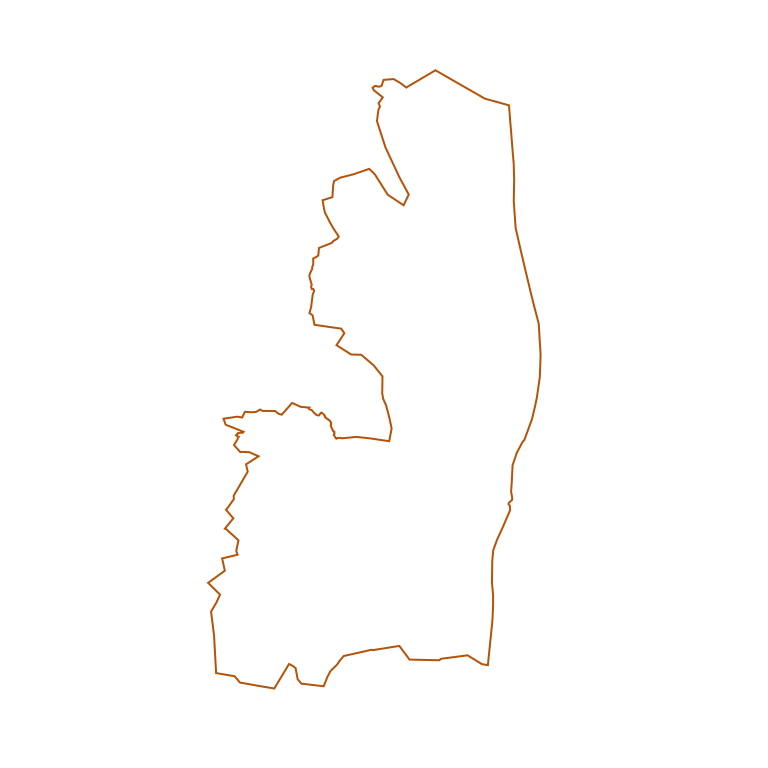 Yusufari, Yobe, Nigeria, rotated 99°
{"feature_id": "59680162B61002782115608", "entity_name": "Yusufari", "entity_type": "district", "adm_level": 2, "iso_a3": "NGA", "parent_name": "Nigeria", "parent_adm1": "Yobe", "projection": "equal_earth", "projection_center": [10.863, 13.162], "detail": "fine", "context": "isolated", "style": "outline", "palette": "amber", "viewbox_px": 768, "rotation_deg": 99, "n_neighbors": 0, "source": "geoboundaries", "source_scale": "gbopen_adm2", "svg_char_len": 4445}
<svg xmlns="http://www.w3.org/2000/svg" viewBox="0 0 768 768"><g transform="rotate(99 384 384)"><path d="M107.4,433.3L110.6,431.4L114.0,432.4L125.4,432.1L150.2,419.5L177.3,401.2L193.0,389.2L204.4,392.6L196.5,409.9L178.4,425.8L173.8,432.2L181.6,446.9L187.1,459.6L191.4,465.1L195.5,465.3L207.5,464.2L212.1,473.4L216.3,472.0L219.9,470.8L224.2,469.0L233.2,462.4L237.9,458.6L245.4,451.8L247.2,452.6L247.8,452.9L250.8,456.5L252.7,457.5L259.8,469.5L267.4,469.0L269.1,470.8L271.2,473.6L275.2,472.8L277.7,472.6L279.3,473.2L281.7,472.9L283.9,473.7L287.2,474.5L288.9,474.7L292.3,473.3L297.0,471.0L297.7,470.9L298.6,471.1L299.5,471.2L301.6,470.1L301.3,468.6L303.1,467.5L306.7,468.4L319.6,468.0L325.6,468.8L327.3,465.3L336.4,461.9L336.2,445.7L336.0,435.0L340.0,431.1L353.1,437.0L360.0,421.1L358.7,411.1L367.2,397.1L376.7,386.7L390.6,384.7L393.2,384.4L396.4,383.3L398.6,382.6L404.9,378.5L417.1,373.2L426.7,369.5L439.7,369.9L439.9,389.9L440.6,403.1L444.2,416.9L444.1,417.9L444.0,418.5L444.2,419.2L444.4,420.2L444.6,420.9L444.5,421.4L444.7,421.8L444.9,421.8L445.2,422.0L445.5,422.4L445.4,422.7L445.2,422.9L444.5,423.7L444.2,423.9L443.8,424.2L443.4,424.6L442.9,424.9L442.5,425.3L442.2,425.6L441.9,425.7L441.7,425.4L441.2,425.1L440.7,425.1L440.3,425.2L440.1,425.5L439.8,425.7L439.4,425.6L438.9,425.6L438.7,425.9L438.4,426.3L438.2,426.8L438.1,427.3L437.7,427.5L437.2,427.7L436.7,427.8L436.5,428.1L436.1,428.4L435.8,428.7L435.5,429.0L434.9,429.3L434.4,429.5L434.0,429.8L433.8,430.0L433.4,430.2L433.0,430.1L432.7,429.9L432.3,429.9L431.8,430.2L431.5,430.3L431.2,430.1L430.8,430.1L430.5,430.2L430.2,430.5L429.9,430.6L429.7,430.9L429.3,431.2L429.1,431.4L428.9,431.7L428.5,431.9L428.3,432.1L428.3,432.4L428.2,432.8L428.1,433.1L427.9,433.5L427.6,433.7L427.4,434.2L427.2,434.6L427.0,434.9L427.0,435.2L426.9,435.6L426.6,435.9L426.3,436.3L426.0,436.8L425.8,437.1L425.5,436.9L425.3,437.0L425.0,437.2L424.8,437.4L424.6,437.7L424.4,437.9L424.0,438.1L423.8,438.4L423.4,438.8L423.2,439.2L422.9,439.6L422.7,440.1L422.5,440.5L422.2,441.0L422.1,441.4L422.2,441.7L422.4,441.9L422.7,442.1L423.0,442.1L423.4,442.3L423.8,442.6L424.0,442.8L424.4,442.9L424.8,442.9L425.1,443.1L425.3,443.5L425.3,444.1L425.3,444.7L425.2,445.4L425.1,446.0L424.8,446.4L424.4,446.9L424.1,447.5L423.7,448.2L423.2,448.8L422.9,449.1L422.5,449.6L422.0,450.2L421.7,450.4L421.5,450.7L421.3,451.0L421.1,451.6L420.9,452.3L420.8,453.1L420.6,453.7L420.4,454.1L420.1,454.4L419.9,454.6L419.4,454.6L419.0,454.3L419.6,462.7L417.1,471.8L430.3,480.2L430.0,483.2L427.7,487.4L429.6,499.7L428.6,502.4L431.6,506.0L432.7,510.7L433.2,517.0L439.3,518.9L439.2,523.8L443.4,537.1L449.0,534.0L453.2,515.2L454.3,516.0L454.3,516.4L454.6,518.1L455.1,519.5L455.3,520.1L455.4,520.7L455.5,520.8L455.9,520.9L456.4,520.8L456.6,520.9L456.7,521.3L456.9,521.6L457.7,522.2L458.2,521.1L458.9,519.2L460.2,520.0L461.2,519.9L467.8,522.6L473.8,515.2L473.3,514.0L472.4,506.4L475.0,496.6L484.9,507.7L486.7,507.0L491.9,504.9L512.3,512.8L513.9,513.5L517.7,515.0L521.2,514.3L529.9,518.6L532.9,520.4L540.2,511.8L551.8,518.5L552.0,517.2L561.2,503.3L571.2,503.8L572.0,503.8L572.2,503.7L575.5,501.9L581.6,516.6L593.3,512.0L607.9,526.6L617.7,513.0L625.9,515.3L635.9,519.2L659.0,512.5L695.8,504.6L696.0,485.8L698.7,482.7L701.4,479.6L701.8,460.2L701.9,444.7L675.4,434.0L676.6,430.3L678.4,426.9L689.1,423.1L692.9,418.7L692.5,409.5L692.0,396.3L682.2,394.1L676.0,392.0L671.1,388.4L668.4,386.4L664.5,384.6L659.0,381.3L648.4,354.6L648.6,353.4L640.3,327.9L652.2,315.7L648.2,286.1L646.5,284.7L638.9,259.0L645.4,243.4L645.4,237.4L637.1,237.9L622.5,238.7L614.9,239.1L604.4,239.7L597.8,240.2L585.0,241.7L575.6,243.2L568.3,245.0L563.9,246.2L556.3,247.3L550.0,248.2L541.8,249.4L531.2,250.1L520.2,248.0L505.9,244.0L488.9,239.7L484.5,240.7L483.7,241.7L483.0,242.2L482.1,242.2L480.7,241.2L479.5,240.2L478.6,239.4L476.5,239.5L470.5,241.6L460.6,242.5L444.1,244.3L431.3,242.1L419.6,238.1L417.3,236.6L395.3,232.3L389.7,231.9L382.1,231.3L373.6,230.9L365.8,231.0L360.5,231.1L352.7,231.2L345.1,232.1L339.5,232.8L336.2,233.2L330.2,234.0L324.2,235.3L320.7,236.1L316.4,237.1L308.3,238.8L300.0,240.7L282.4,248.4L269.0,254.1L234.5,268.3L209.3,278.4L183.3,284.4L161.9,287.4L145.9,290.4L137.5,292.5L121.3,296.4L113.3,298.3L106.2,300.1L93.5,303.1L89.2,304.2L86.4,329.0L66.1,382.3L86.2,406.6L87.7,408.3L83.9,415.5L81.3,422.3L83.7,432.0L89.8,433.0L91.0,434.9L91.2,436.8L90.9,438.4L91.1,439.7L93.2,441.6L95.5,439.9L101.1,430.0L107.4,433.3Z" fill="none" stroke="#b45309" stroke-width="2"/></g></svg>